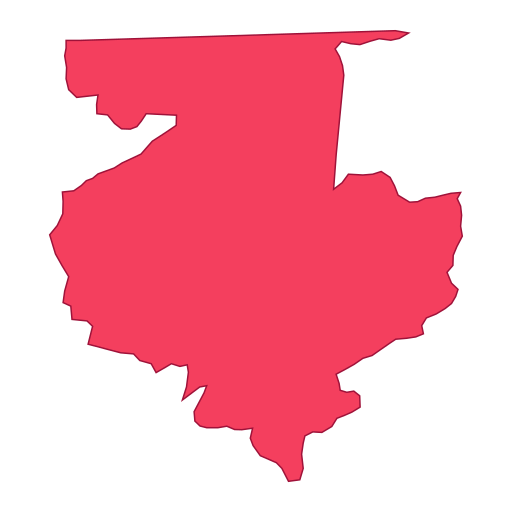 Alto Rio Novo, Espírito Santo, Brazil (Mercator projection)
{"feature_id": "56859067B59978415419512", "entity_name": "Alto Rio Novo", "entity_type": "district", "adm_level": 2, "iso_a3": "BRA", "parent_name": "Brazil", "parent_adm1": "Espírito Santo", "projection": "mercator", "projection_center": [-40.981, -19.032], "detail": "fine", "context": "isolated", "style": "filled", "palette": "rose", "viewbox_px": 512, "rotation_deg": 0, "n_neighbors": 0, "source": "geoboundaries", "source_scale": "gbopen_adm2", "svg_char_len": 1901}
<svg xmlns="http://www.w3.org/2000/svg" viewBox="0 0 512 512"><path d="M72.0,319.4L87.0,320.9L92.6,326.3L88.1,344.2L120.7,352.8L133.6,353.9L139.8,360.5L151.2,363.7L156.1,372.6L165.5,367.2L171.4,363.7L179.9,366.4L187.2,364.8L188.4,372.2L186.5,387.0L182.4,400.0L199.7,387.0L206.7,385.7L204.1,392.8L194.1,411.7L194.9,421.1L200.0,426.0L206.7,427.7L218.0,427.7L226.8,426.2L234.6,429.5L241.8,429.7L252.6,428.2L250.3,438.2L253.1,445.6L260.3,455.7L276.4,462.7L281.9,468.4L288.5,481.3L299.8,479.8L303.2,468.4L301.6,454.2L303.2,443.1L304.9,435.9L312.8,431.9L321.9,432.4L331.8,426.5L336.9,418.3L344.6,415.3L351.9,412.1L360.1,407.1L359.7,395.8L353.8,391.1L346.8,392.3L340.2,390.3L339.1,383.4L336.1,374.2L344.2,369.9L354.2,364.3L362.9,358.3L372.1,355.5L380.5,349.6L389.0,343.7L395.7,339.2L406.3,338.3L415.8,336.9L423.4,333.8L421.7,325.6L426.4,317.9L436.3,313.9L445.2,308.5L451.5,303.5L455.7,296.4L458.0,289.4L451.5,283.2L447.0,272.3L452.9,265.4L453.2,255.4L456.9,246.5L462.3,236.2L460.6,226.2L461.6,215.3L460.6,206.1L457.2,198.7L460.6,192.5L451.0,193.3L442.9,195.2L434.9,197.2L425.4,198.2L417.7,201.7L409.6,202.2L398.1,195.2L394.5,185.8L390.1,177.4L381.2,171.5L372.8,174.2L362.9,175.0L348.4,174.2L342.1,182.8L333.6,189.3L336.2,154.4L343.8,75.2L342.5,65.6L339.5,56.6L335.1,48.9L341.6,41.5L350.8,43.7L359.9,44.6L370.2,41.2L379.1,38.7L390.8,40.2L399.3,38.4L408.6,33.0L395.3,30.7L218.0,36.2L80.4,40.4L66.1,40.4L66.1,48.1L64.7,55.8L66.6,67.5L66.1,78.8L68.7,89.7L76.7,97.4L98.0,95.0L96.6,104.6L96.9,113.7L107.6,114.9L114.5,123.4L121.5,128.8L130.3,129.1L136.9,126.6L141.3,121.1L146.2,113.7L176.5,115.2L176.2,125.4L164.8,133.1L152.3,141.2L141.0,154.1L122.2,162.9L114.2,168.0L98.0,173.9L92.6,178.4L86.3,180.7L81.4,185.5L73.8,190.8L62.4,192.0L63.1,201.4L62.8,213.8L57.3,225.5L49.7,234.8L55.5,254.0L62.1,265.7L68.7,276.6L64.7,291.0L63.1,302.6L70.8,306.1L72.0,319.4Z" fill="#f43f5e" stroke="#9f1239" stroke-width="1.5"/></svg>